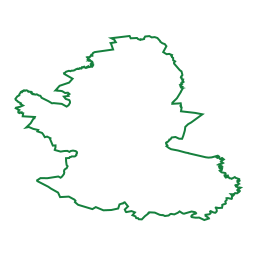 the district of Taurupes pag., Ogre, Latvia
{"feature_id": "27541924B63996115519048", "entity_name": "Taurupes pag.", "entity_type": "district", "adm_level": 2, "iso_a3": "LVA", "parent_name": "Latvia", "parent_adm1": "Ogre", "projection": "natural_earth1", "projection_center": [25.305, 56.909], "detail": "fine", "context": "isolated", "style": "outline", "palette": "green", "viewbox_px": 256, "rotation_deg": 0, "n_neighbors": 0, "source": "geoboundaries", "source_scale": "gbopen_adm2", "svg_char_len": 5701}
<svg xmlns="http://www.w3.org/2000/svg" viewBox="0 0 256 256"><path d="M20.8,92.0L20.7,92.7L19.9,93.4L19.2,94.8L19.3,95.3L17.3,96.4L15.4,98.9L15.8,99.9L17.4,101.0L17.6,101.5L20.9,103.3L20.5,104.0L23.0,105.5L20.0,106.8L16.0,107.7L15.7,108.2L19.3,110.0L18.4,110.8L18.3,112.1L18.9,112.3L18.8,112.8L19.7,113.1L20.3,112.4L21.7,112.3L21.8,113.1L23.2,113.3L22.7,116.3L34.9,117.0L34.4,118.3L33.7,118.2L30.7,123.2L26.2,127.5L28.9,127.0L33.3,128.9L38.2,130.0L37.4,131.4L42.0,132.9L43.2,134.4L44.8,137.2L47.1,136.6L50.3,138.2L49.9,138.6L52.8,145.6L55.5,145.4L55.5,147.3L54.7,149.9L54.9,150.0L60.6,151.6L64.3,151.0L67.4,150.9L69.4,151.9L70.8,151.0L73.0,150.6L75.7,151.1L76.8,151.9L77.0,152.4L76.7,152.9L76.9,153.4L76.2,154.5L76.4,155.0L75.3,156.2L74.2,156.5L71.8,156.4L70.8,157.0L69.8,157.1L69.2,158.0L66.0,158.2L66.1,161.3L66.6,165.0L67.6,166.2L66.6,168.3L65.5,168.8L64.3,170.0L64.0,171.3L64.3,172.4L63.9,174.1L62.0,176.6L60.6,177.7L58.3,176.5L47.4,178.2L40.5,178.1L37.1,180.3L37.3,181.1L48.4,186.8L50.8,188.5L58.1,192.6L60.1,197.1L68.8,196.6L74.4,199.6L75.5,200.8L74.9,202.1L78.1,204.8L92.4,209.1L95.8,207.1L103.4,210.3L111.3,210.0L118.2,208.5L119.5,204.4L122.6,203.3L122.9,203.5L124.2,202.4L124.7,202.3L128.0,206.4L124.8,209.5L125.8,211.8L126.2,212.1L131.5,211.1L134.9,212.4L132.5,215.2L135.5,216.4L136.2,218.1L138.1,218.2L138.7,219.2L141.8,219.4L144.9,216.2L148.5,213.4L148.3,213.1L149.1,212.3L154.8,212.6L159.7,214.8L162.3,215.2L162.8,215.0L164.9,216.0L168.6,215.5L170.3,214.1L171.1,213.9L174.3,214.4L177.8,212.8L179.6,211.4L182.7,213.4L184.0,213.7L191.6,211.5L194.6,212.1L195.4,212.4L196.1,213.2L195.7,213.7L194.0,214.0L192.1,215.1L191.3,216.2L191.3,216.6L191.8,217.1L195.6,217.7L199.2,217.6L204.3,220.0L208.9,218.5L208.6,217.9L205.5,215.8L205.5,214.8L209.1,214.3L210.1,213.8L210.6,213.2L210.1,211.5L210.7,211.1L213.1,212.3L215.2,212.8L215.7,212.5L216.7,211.4L216.8,210.8L216.4,208.6L215.7,207.8L215.9,207.5L218.7,208.0L222.0,207.8L222.4,205.9L222.2,205.0L223.4,204.3L224.8,204.1L225.8,203.5L225.3,201.4L226.7,200.0L226.5,198.2L227.9,198.1L231.5,198.9L231.9,198.6L231.9,196.8L233.3,195.4L231.7,195.1L230.9,194.2L232.8,194.3L234.4,193.8L235.1,193.1L237.1,193.3L239.0,192.0L239.8,191.1L239.7,190.7L239.2,190.5L238.5,191.0L237.8,190.9L237.3,190.3L237.4,189.8L240.6,187.7L239.1,187.4L238.3,187.9L237.5,187.1L236.1,186.6L235.4,185.3L236.1,184.9L237.3,185.2L237.8,185.0L238.3,184.1L239.0,183.8L238.5,183.4L238.5,183.0L237.6,182.5L237.3,181.0L237.9,180.5L238.8,181.0L239.5,180.9L239.6,180.7L239.2,180.0L239.2,179.1L235.7,177.9L234.8,177.1L231.6,178.8L231.0,178.4L229.4,178.2L228.7,177.2L228.2,177.0L225.7,177.5L225.3,176.9L227.9,176.0L227.9,175.6L224.6,175.7L224.5,175.3L225.5,174.8L225.6,173.4L225.2,173.0L221.5,172.3L219.9,170.8L221.7,170.1L222.2,168.1L221.7,168.0L220.5,168.5L219.7,168.4L219.2,167.0L221.2,166.9L221.9,166.4L219.8,165.1L218.4,164.7L218.9,164.4L219.3,164.7L220.0,164.0L221.7,163.7L223.0,163.0L221.0,161.7L222.4,160.3L223.8,159.4L222.1,158.0L221.4,158.2L221.1,159.2L220.6,159.4L219.8,158.8L219.0,157.5L217.5,157.9L216.3,157.1L216.9,156.8L218.3,157.0L218.9,156.5L217.8,155.7L211.6,157.4L208.5,157.6L205.9,157.3L188.6,153.3L188.5,153.1L185.7,152.6L178.0,150.5L171.1,149.2L168.9,148.0L166.5,146.2L167.4,145.4L166.2,143.9L166.0,142.9L166.6,142.2L167.2,142.3L169.3,140.3L169.3,139.6L170.5,139.3L171.7,137.5L175.5,137.0L179.1,138.7L182.1,138.8L183.3,135.7L184.8,130.6L185.3,126.9L188.1,124.2L191.1,122.5L202.4,114.3L195.1,112.9L181.0,111.3L181.6,107.5L181.0,107.2L180.6,106.3L181.1,106.3L180.7,103.3L172.3,103.8L172.4,102.7L176.9,98.3L181.0,91.7L180.9,91.5L182.6,88.7L182.3,88.2L181.7,88.2L182.4,88.0L181.1,87.6L180.9,87.2L181.5,86.8L180.7,86.7L180.4,86.0L180.8,85.8L180.5,85.3L181.3,84.8L180.5,84.5L181.5,83.7L181.4,83.1L182.1,83.0L183.3,82.1L182.7,81.6L183.1,81.3L182.6,80.8L182.8,80.5L182.6,80.3L182.8,80.0L182.7,79.8L183.0,79.4L181.8,79.0L181.5,78.2L181.0,77.7L181.4,77.3L181.1,77.0L181.1,76.5L182.3,75.4L182.4,74.9L181.5,71.4L179.8,70.2L174.1,63.6L174.0,62.7L175.1,61.4L173.2,60.3L173.1,57.9L172.0,57.2L172.0,56.3L171.3,55.8L171.9,55.0L169.2,53.9L166.6,54.2L163.2,52.1L166.4,46.2L164.8,44.1L162.3,43.2L160.2,41.6L160.1,41.0L157.4,38.0L154.7,37.1L151.7,37.4L149.4,36.1L145.2,36.5L144.2,38.0L144.1,39.0L141.7,39.6L140.9,39.2L140.3,39.9L138.0,39.0L137.0,38.0L130.7,38.3L129.6,36.0L111.3,38.2L114.3,39.7L115.8,42.2L110.6,43.1L111.2,44.1L113.1,49.5L94.7,52.1L93.1,52.9L93.0,53.3L92.3,54.1L92.3,54.9L91.9,54.9L92.1,55.3L91.8,55.3L91.9,55.7L90.8,55.6L90.4,56.5L89.8,56.7L89.6,57.2L88.8,57.2L89.2,57.5L88.5,58.1L87.7,58.0L88.2,58.6L88.0,59.2L88.5,59.4L88.0,59.6L88.5,60.1L88.3,60.3L89.4,60.2L89.3,60.8L90.6,60.8L92.2,61.7L92.4,62.2L91.7,62.3L92.0,62.8L91.2,63.6L91.9,63.9L91.7,64.1L92.1,64.2L92.0,64.5L92.8,64.4L92.6,65.0L93.1,65.2L92.8,65.7L91.7,65.7L92.4,66.4L92.1,66.8L90.3,66.5L89.9,67.0L88.8,67.1L87.7,67.1L87.8,66.5L87.4,66.7L87.7,66.8L87.6,67.4L85.9,68.0L84.5,67.3L84.2,66.7L83.2,67.0L83.2,67.3L82.0,67.2L81.9,67.5L81.1,68.0L81.4,68.5L81.2,68.6L79.4,68.2L78.9,69.0L77.7,69.0L77.4,68.7L75.3,69.6L74.7,70.2L72.8,70.7L71.4,70.7L70.5,71.2L68.9,70.8L66.1,71.7L64.9,72.8L64.0,73.2L64.2,73.9L72.6,78.7L69.1,82.6L59.6,85.8L55.5,90.4L57.3,90.3L57.3,90.7L60.7,90.9L62.3,91.2L65.1,93.0L67.9,92.7L69.4,94.0L68.0,94.9L68.5,95.9L63.9,96.6L65.7,98.9L69.3,100.1L69.9,101.3L70.0,102.8L68.6,105.2L66.6,106.6L61.8,103.9L53.6,103.1L52.0,103.3L48.3,101.1L41.6,97.8L40.4,95.8L38.8,95.5L36.8,94.3L35.7,94.6L33.6,94.3L33.8,94.0L33.6,93.9L32.1,93.9L31.8,93.6L32.1,93.4L32.0,93.0L31.3,92.7L31.6,92.1L31.1,91.8L29.5,91.8L28.8,91.4L28.3,91.7L27.5,90.7L26.8,90.4L26.1,90.3L25.4,90.7L24.1,90.3L23.7,91.0L23.0,90.8L22.5,91.0L22.2,91.4L22.4,91.6L22.2,91.9L21.7,91.5L20.8,92.0Z" fill="none" stroke="#15803d" stroke-width="2"/></svg>